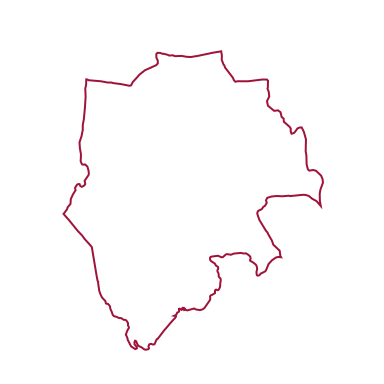 outline of Asunción Mita, Jutiapa, Guatemala, rotated 77°
{"feature_id": "79465075B73925022965475", "entity_name": "Asunción Mita", "entity_type": "district", "adm_level": 2, "iso_a3": "GTM", "parent_name": "Guatemala", "parent_adm1": "Jutiapa", "projection": "orthographic", "projection_center": [-89.611, 14.308], "detail": "fine", "context": "isolated", "style": "outline", "palette": "rose", "viewbox_px": 384, "rotation_deg": 77, "n_neighbors": 0, "source": "geoboundaries", "source_scale": "gbopen_adm2", "svg_char_len": 5286}
<svg xmlns="http://www.w3.org/2000/svg" viewBox="0 0 384 384"><g transform="rotate(77 192 192)"><path d="M166.3,69.1L158.4,69.5L153.8,70.6L153.4,72.6L153.8,74.9L156.9,78.5L157.5,79.7L157.6,81.9L155.3,82.2L152.3,81.5L150.2,82.4L144.2,86.7L141.1,86.2L139.0,87.8L134.2,87.8L131.8,89.8L131.4,93.7L125.0,98.6L120.4,98.5L116.2,95.2L111.6,94.7L108.3,95.2L107.3,94.6L100.7,92.9L99.3,93.7L98.2,98.4L96.7,112.6L94.4,122.3L94.3,125.0L92.2,126.1L90.0,126.4L78.1,131.8L75.9,132.0L74.9,132.6L69.8,133.3L65.8,132.2L61.5,131.9L61.0,140.1L60.7,155.7L60.2,162.8L59.0,167.0L57.1,171.4L55.8,178.1L54.5,179.9L53.9,183.6L52.8,184.9L50.9,188.6L50.7,189.7L49.4,191.6L48.6,194.3L49.5,195.7L53.1,196.5L56.1,195.8L59.1,196.4L60.4,198.5L62.8,210.5L65.8,216.8L68.0,219.8L71.4,224.8L74.4,227.4L74.4,229.1L70.9,236.9L68.0,244.7L67.3,245.6L66.3,249.7L63.6,255.9L59.8,267.7L59.0,268.4L58.5,269.7L63.9,271.1L67.1,272.7L75.2,274.2L85.5,277.3L86.4,277.6L96.8,281.0L102.0,283.3L107.0,284.5L112.8,287.1L118.2,290.4L124.2,291.4L130.2,291.7L137.3,293.6L140.3,292.9L140.9,291.9L141.1,290.0L143.7,288.2L147.9,288.0L151.1,288.4L152.3,289.1L156.9,294.1L160.2,294.2L161.4,295.5L162.2,298.1L161.2,299.4L159.0,299.8L158.7,301.6L159.2,302.6L161.6,305.0L164.2,305.1L167.6,308.6L171.7,311.7L176.3,313.1L179.0,316.7L180.7,317.6L184.5,322.1L191.5,318.3L204.0,312.2L209.8,308.8L213.6,307.2L220.4,303.4L223.1,302.0L252.4,303.8L257.5,304.0L258.2,303.6L260.0,304.0L266.2,304.5L266.7,304.6L267.3,304.6L267.9,304.5L268.9,304.5L269.8,304.4L270.9,304.2L272.4,303.9L273.3,303.7L274.4,303.4L275.3,303.0L276.5,302.3L278.6,301.0L279.2,300.9L279.7,300.9L280.4,301.0L281.0,301.0L281.5,300.7L281.8,299.9L282.2,299.0L282.9,298.6L283.5,298.3L284.2,297.9L285.0,297.7L285.6,297.7L286.7,297.8L287.3,297.8L288.5,297.7L289.0,297.5L290.1,297.3L290.6,297.2L291.5,297.1L292.6,297.0L293.5,296.9L294.2,296.7L294.9,296.3L295.4,296.0L295.7,295.5L295.9,295.0L296.3,294.2L296.8,293.5L297.4,292.7L297.7,292.3L298.1,291.8L298.5,291.2L298.6,290.4L299.0,289.5L299.4,288.8L300.0,288.4L300.7,287.8L301.2,287.2L301.4,286.4L301.6,285.9L302.0,285.3L302.6,284.8L303.1,284.6L305.0,283.9L305.7,283.9L306.4,284.1L307.4,284.4L308.2,284.3L308.9,284.0L309.5,283.9L310.5,284.2L311.1,284.9L311.7,285.5L312.2,285.9L313.0,286.5L313.8,287.1L314.3,287.4L314.8,287.7L315.3,288.0L316.2,288.6L316.9,288.3L317.6,288.2L318.6,288.0L319.2,287.9L319.8,287.8L320.3,287.8L321.5,287.9L323.0,287.5L328.7,286.1L332.3,282.6L332.0,280.9L330.7,280.7L327.4,282.3L325.3,281.8L324.1,280.9L324.7,280.1L328.3,279.4L329.6,278.9L330.4,278.2L331.0,277.4L331.5,276.7L332.3,275.8L333.1,275.2L334.3,274.2L335.1,273.0L335.3,272.3L335.3,271.8L335.3,271.1L335.4,270.1L335.1,269.5L334.6,269.1L332.4,269.1L330.8,267.8L330.7,266.1L331.9,264.3L331.9,262.8L330.3,261.6L328.6,260.3L327.6,259.5L327.3,258.4L324.6,255.1L320.3,249.9L319.4,248.6L318.2,247.0L316.4,244.6L315.1,242.9L313.5,240.6L313.1,240.1L312.0,238.5L311.0,236.8L309.7,235.6L309.1,235.5L309.0,236.3L308.6,237.2L308.3,235.6L307.7,234.7L307.1,234.2L306.7,233.9L306.2,233.6L306.1,233.1L305.9,232.2L305.6,231.6L304.9,231.2L304.1,231.2L303.6,231.2L302.9,231.0L302.8,230.5L303.2,230.0L304.0,229.2L304.5,228.6L304.3,227.9L303.5,228.1L303.0,227.6L302.8,227.0L303.1,225.9L303.8,225.8L304.4,226.4L305.3,226.2L305.2,225.5L304.7,224.9L305.6,224.5L306.3,223.2L306.0,216.1L307.2,214.8L308.9,210.8L308.7,207.9L307.8,205.9L306.3,204.3L302.0,199.5L300.7,198.4L299.9,198.2L299.4,198.1L298.7,198.0L297.6,197.8L297.1,197.2L296.8,196.4L296.8,195.7L295.7,192.3L295.0,192.2L293.9,192.0L293.3,191.8L292.7,191.2L292.5,190.5L292.9,189.9L293.5,189.1L293.3,188.2L292.7,187.5L292.1,187.0L291.2,186.3L290.3,185.9L289.2,185.5L287.6,185.1L287.0,184.9L286.2,184.6L285.5,184.2L284.9,184.0L284.3,183.8L283.8,183.7L283.1,183.7L282.4,183.8L281.8,184.3L281.2,184.7L280.5,184.9L279.9,184.9L278.7,184.6L277.6,184.5L276.7,184.6L275.5,185.0L274.4,185.0L273.8,184.6L273.4,184.3L272.8,183.9L272.1,183.6L271.6,183.5L270.7,183.6L270.2,184.1L269.5,184.9L268.6,185.4L267.6,185.6L267.1,185.8L266.4,186.2L266.0,186.6L265.4,187.3L264.7,188.0L263.8,188.7L263.2,189.2L262.4,189.5L261.5,189.5L260.9,189.4L260.2,189.2L259.5,188.6L259.4,187.8L259.4,186.9L260.0,180.9L262.1,178.2L262.4,176.6L260.5,173.1L260.4,171.9L261.9,168.1L261.4,165.0L262.4,158.0L263.5,155.7L263.9,153.2L265.9,151.2L268.0,149.8L270.3,149.9L270.9,150.5L271.5,150.8L272.0,150.8L272.6,150.4L273.0,149.8L273.5,149.2L274.1,148.6L275.1,147.8L276.9,146.3L277.8,145.9L278.5,145.7L279.9,145.7L280.6,145.7L281.5,145.8L282.0,146.0L282.5,146.2L283.0,146.5L283.7,146.8L284.2,147.1L285.0,147.3L286.0,147.4L287.0,147.5L287.8,147.4L288.2,146.9L288.3,146.4L288.3,145.4L288.1,144.9L287.8,144.4L287.4,144.0L287.0,143.4L286.7,142.4L286.6,141.6L285.9,138.9L285.2,137.7L279.3,133.5L276.4,129.2L274.7,124.8L274.7,122.5L275.6,119.9L274.3,120.3L268.9,119.8L261.7,124.6L257.2,125.1L250.7,127.1L248.3,127.6L246.6,128.6L234.2,132.7L227.7,133.3L226.2,132.6L225.2,131.5L224.4,127.9L222.5,125.8L221.9,124.0L219.4,121.6L216.8,121.8L214.6,120.0L214.3,115.7L214.9,110.6L216.5,104.9L217.4,98.4L218.0,97.5L219.8,83.9L220.4,82.0L222.1,79.1L225.5,76.5L228.9,72.7L234.6,69.7L229.5,69.4L222.5,68.0L218.5,66.3L212.4,62.3L209.0,61.9L205.1,62.5L199.2,66.4L197.8,69.1L197.6,72.8L196.0,74.0L190.9,74.1L182.0,72.3L178.0,72.1L166.3,69.1Z" fill="none" stroke="#9f1239" stroke-width="2"/></g></svg>